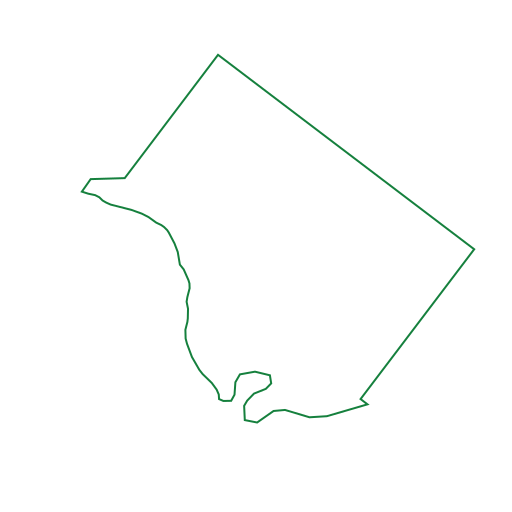 Gallatin, Illinois, United States of America, rotated 127°
{"feature_id": "52423323B61374287211", "entity_name": "Gallatin", "entity_type": "district", "adm_level": 2, "iso_a3": "USA", "parent_name": "United States of America", "parent_adm1": "Illinois", "projection": "equal_earth", "projection_center": [-88.116, 37.745], "detail": "fine", "context": "isolated", "style": "outline", "palette": "green", "viewbox_px": 512, "rotation_deg": 127, "n_neighbors": 0, "source": "geoboundaries", "source_scale": "gbopen_adm2", "svg_char_len": 918}
<svg xmlns="http://www.w3.org/2000/svg" viewBox="0 0 512 512"><g transform="rotate(127 256 256)"><path d="M118.2,407.4L272.8,407.7L294.1,434.3L309.4,433.8L307.2,427.5L304.2,421.1L303.4,416.5L304.0,411.9L303.5,407.8L302.4,403.0L294.1,383.1L290.9,372.7L289.6,365.3L289.4,355.8L288.3,350.3L288.2,346.9L288.8,342.5L289.8,339.7L295.0,328.7L299.9,320.9L308.7,311.6L310.2,305.7L316.0,295.3L318.0,292.6L321.7,289.6L330.1,286.1L334.3,283.9L339.1,278.5L346.9,272.9L350.0,271.1L357.4,268.0L364.3,262.5L367.6,258.3L375.2,246.4L381.0,232.8L382.4,227.6L384.0,214.9L386.4,207.0L389.0,202.4L392.5,199.4L391.4,194.8L386.6,188.7L379.7,189.7L369.2,196.5L360.2,197.6L349.0,187.2L342.9,173.1L348.6,167.2L356.2,168.2L367.1,174.8L376.8,176.0L382.8,175.3L393.8,166.2L388.3,154.9L369.2,148.7L361.5,140.2L352.6,116.2L341.3,103.0L307.4,77.7L307.3,86.4L119.3,85.8L119.3,86.5L118.2,407.4Z" fill="none" stroke="#15803d" stroke-width="2"/></g></svg>